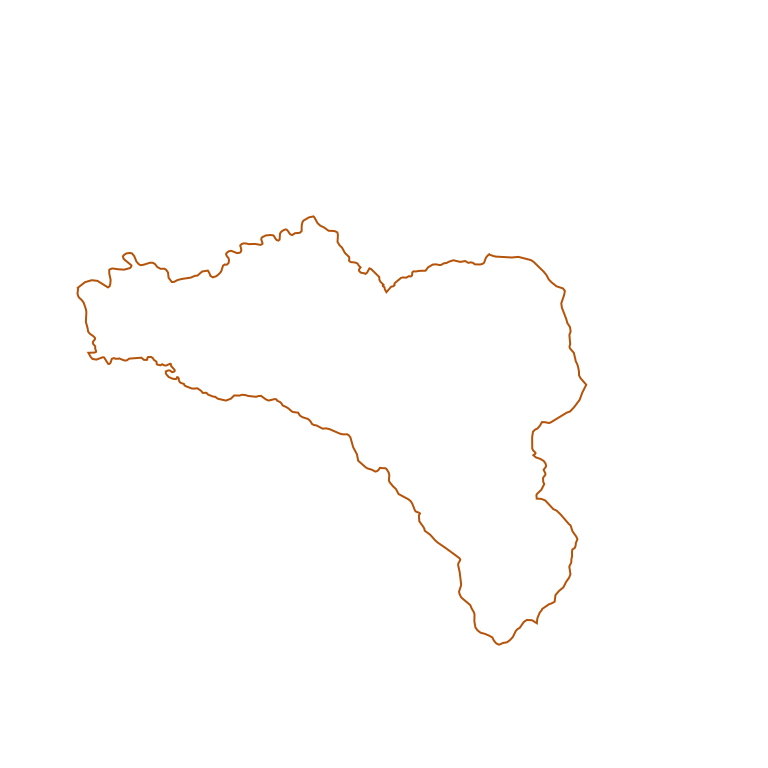 Bongo, Chhukha, Bhutan, rotated 137°
{"feature_id": "84629894B25129658957997", "entity_name": "Bongo", "entity_type": "district", "adm_level": 2, "iso_a3": "BTN", "parent_name": "Bhutan", "parent_adm1": "Chhukha", "projection": "robinson", "projection_center": [89.655, 26.924], "detail": "fine", "context": "isolated", "style": "outline", "palette": "amber", "viewbox_px": 768, "rotation_deg": 137, "n_neighbors": 0, "source": "geoboundaries", "source_scale": "gbopen_adm2", "svg_char_len": 6166}
<svg xmlns="http://www.w3.org/2000/svg" viewBox="0 0 768 768"><g transform="rotate(137 384 384)"><path d="M236.6,245.5L236.3,254.3L235.4,257.4L233.1,259.9L230.7,263.6L229.5,265.9L228.2,269.9L223.9,277.3L223.7,283.4L222.8,284.9L220.6,286.2L215.0,293.4L211.7,295.1L209.2,298.7L208.3,303.6L206.4,307.2L201.8,318.6L199.3,322.1L191.3,326.4L188.2,328.8L187.9,331.8L191.2,337.8L192.1,343.9L192.2,348.2L190.9,352.8L190.6,357.4L191.3,371.5L192.1,374.5L199.0,385.3L204.3,389.4L215.4,401.0L216.9,403.3L218.5,406.4L218.5,407.1L220.7,407.2L223.5,406.8L227.9,404.5L229.8,404.6L232.1,405.8L236.0,409.6L236.3,412.0L237.6,413.8L239.7,415.1L240.8,418.6L244.9,421.2L248.9,427.2L253.2,429.2L256.1,430.0L257.4,431.2L261.3,432.3L262.3,433.2L264.4,436.1L266.9,438.1L272.2,439.3L276.3,438.5L281.2,442.8L284.0,444.6L285.6,446.3L287.2,446.3L289.4,444.3L290.5,444.2L291.3,444.6L292.3,445.9L295.2,446.6L297.8,449.3L299.3,450.0L307.1,450.4L308.4,450.0L309.0,449.0L310.9,449.3L312.3,450.3L319.6,449.5L318.9,452.5L317.7,454.4L318.1,456.2L317.7,456.9L316.7,456.8L316.9,461.2L316.2,463.5L314.5,465.5L315.0,476.7L315.8,478.5L320.4,477.0L322.5,477.2L322.9,478.4L324.8,480.9L325.1,481.7L325.0,484.0L323.9,484.9L321.6,485.3L321.7,487.8L321.3,489.6L321.4,490.9L322.7,493.1L325.0,495.6L325.5,497.0L325.4,498.1L323.9,499.3L322.9,500.6L323.2,506.5L321.7,512.4L321.9,515.7L321.1,519.6L316.1,524.4L315.0,526.1L314.8,527.0L315.8,529.5L320.0,533.9L321.2,539.8L322.6,543.1L322.9,547.0L321.3,553.2L321.3,554.7L325.4,557.1L331.4,558.4L333.0,558.1L335.7,556.4L340.0,552.0L342.5,552.0L346.3,555.0L349.7,555.6L350.5,557.7L349.9,561.5L350.0,563.4L350.7,564.3L353.3,565.2L355.9,565.4L357.6,564.8L361.9,560.8L363.4,560.9L364.3,562.4L364.2,564.6L363.5,567.5L363.7,568.3L365.3,570.3L369.2,573.3L372.9,574.4L373.9,574.3L375.2,573.4L376.8,569.9L377.2,569.4L378.2,569.5L379.5,570.0L382.7,574.3L387.6,578.6L388.7,580.4L390.6,582.5L392.6,583.4L394.6,583.4L396.9,579.3L398.6,578.3L400.0,578.4L402.1,579.8L404.9,585.6L407.0,586.9L409.6,587.2L411.0,586.7L411.7,584.8L411.9,582.0L413.0,580.2L414.9,578.6L417.2,578.4L417.9,578.7L419.1,580.1L421.1,580.3L426.2,577.4L429.1,577.0L433.1,577.2L436.4,578.7L437.2,581.5L436.0,584.4L435.5,587.1L440.3,590.3L446.4,590.5L448.6,592.1L452.8,593.6L460.2,598.7L464.2,600.9L467.9,601.8L469.6,603.3L469.1,608.6L466.0,612.7L465.4,616.1L466.0,618.1L468.8,620.6L470.0,624.1L469.7,628.0L470.4,630.3L472.3,632.2L478.7,635.3L480.9,636.8L481.6,638.6L481.6,642.3L479.5,647.7L479.2,651.4L480.8,653.4L483.6,655.3L486.6,655.7L487.9,655.4L489.1,653.0L487.8,643.0L489.2,642.1L490.9,642.1L496.1,644.9L499.8,648.8L503.9,653.8L506.2,654.8L507.2,654.8L509.7,652.0L512.9,646.6L515.9,643.9L518.0,642.6L520.0,642.9L523.2,654.8L526.9,659.2L533.3,662.4L542.4,663.2L542.7,662.3L546.4,659.3L547.7,656.9L548.1,655.1L547.8,651.7L548.2,648.3L550.9,642.2L552.5,639.7L559.7,632.7L562.7,627.0L564.7,624.0L564.8,621.1L563.9,616.9L564.0,614.7L565.0,613.8L567.7,613.5L568.9,612.7L569.4,611.4L569.5,608.5L571.0,607.0L572.2,604.3L572.7,603.9L574.1,604.3L578.9,608.4L580.1,603.8L580.1,601.1L577.7,598.0L571.3,595.3L570.6,594.3L572.0,586.9L571.7,586.4L571.1,586.0L569.6,586.0L566.0,588.0L563.9,587.2L563.2,585.6L561.1,583.7L560.3,583.4L558.0,578.6L556.9,577.3L555.9,576.7L553.0,576.3L543.5,568.7L543.1,565.4L541.2,563.5L540.6,563.3L539.3,564.4L538.1,564.6L535.9,562.6L535.4,560.7L535.8,558.7L535.2,555.6L536.7,553.3L536.5,552.7L534.7,550.1L532.7,549.7L532.2,547.9L531.3,546.6L530.5,546.0L526.6,544.7L526.3,544.0L527.4,542.4L527.5,537.4L527.7,536.7L528.4,536.2L529.1,536.2L530.9,537.1L531.4,539.9L532.5,541.1L535.0,542.0L536.3,540.5L536.6,539.4L536.7,536.0L535.0,532.0L532.9,529.5L532.1,529.5L530.7,530.1L530.2,529.6L530.3,528.0L531.4,526.9L532.1,524.6L531.7,523.1L530.4,520.7L530.3,520.2L530.9,518.9L530.2,517.0L527.7,511.9L525.9,510.0L523.4,508.1L522.4,503.6L522.6,501.0L520.1,499.0L519.9,498.4L519.9,496.2L517.5,491.2L516.2,489.8L515.6,486.6L510.9,479.7L506.1,477.7L501.4,477.8L497.7,474.2L494.9,472.7L492.8,470.3L491.6,468.0L486.3,461.9L483.9,460.7L482.0,459.1L480.9,453.3L479.7,450.6L474.4,447.6L473.4,446.6L473.2,445.9L473.5,444.5L472.3,441.6L472.2,440.0L472.7,437.4L471.1,433.5L470.5,430.9L470.1,426.8L469.6,425.5L466.3,421.5L466.9,419.5L466.9,417.5L466.0,414.8L463.6,410.6L463.2,408.8L463.3,406.5L463.9,404.0L463.3,401.9L461.6,399.7L459.4,393.3L456.5,390.9L454.6,388.1L450.0,377.5L448.4,375.2L445.2,372.3L444.7,370.4L445.0,367.8L449.7,358.7L451.7,351.1L455.2,345.5L454.2,335.5L453.6,333.4L451.4,329.7L450.0,325.8L448.5,325.0L446.3,324.9L444.4,325.5L443.8,325.2L442.4,323.3L440.6,321.7L440.1,320.3L441.0,315.9L442.5,313.5L445.9,310.4L446.8,308.8L447.2,303.0L446.9,299.0L448.4,293.6L444.8,283.1L444.4,280.2L444.9,277.3L447.7,270.2L447.6,268.8L446.0,265.6L446.0,264.8L448.2,264.0L451.8,259.5L452.7,252.6L453.2,250.6L454.3,248.9L453.0,242.1L453.2,235.0L452.9,231.5L450.6,221.1L447.6,205.1L447.9,203.7L448.5,203.2L452.0,202.1L453.3,201.0L456.9,194.9L464.1,185.0L465.4,183.9L470.7,181.0L471.9,179.1L473.1,175.2L471.7,163.5L473.0,160.0L473.8,156.3L474.8,153.9L479.7,148.9L483.2,143.5L483.6,140.0L483.0,136.3L480.7,132.6L478.9,128.7L477.6,124.8L478.6,121.5L478.8,118.2L478.4,116.4L477.5,114.8L473.3,113.3L470.2,111.2L466.2,110.8L462.3,111.1L456.1,113.5L453.7,113.7L451.1,113.1L444.0,114.6L440.4,114.0L436.8,110.2L435.4,104.8L431.7,108.0L426.3,110.5L422.7,111.1L421.7,111.6L413.5,110.4L411.2,109.3L407.7,108.4L402.5,112.7L397.1,113.3L391.3,113.0L385.7,115.1L380.7,116.1L377.4,117.7L373.0,124.1L368.7,125.8L366.3,128.2L364.1,129.6L360.6,133.4L359.0,134.5L356.3,134.0L354.1,135.1L352.2,136.8L348.4,138.6L347.5,141.1L346.6,147.7L344.0,153.4L344.3,155.6L343.8,168.0L344.1,173.6L345.5,177.0L345.5,188.9L347.3,192.7L350.5,196.0L348.2,198.9L346.7,199.3L341.2,199.3L335.1,201.5L334.3,203.8L332.0,206.6L331.0,207.1L328.3,207.4L327.4,208.0L326.8,208.9L325.8,212.4L322.1,213.1L321.1,213.7L320.0,216.0L319.7,219.0L320.8,222.7L323.0,226.8L323.3,230.1L321.3,229.8L320.3,230.1L320.1,231.0L320.2,234.2L319.4,235.9L312.0,244.0L307.6,247.5L304.6,247.6L302.2,246.8L298.7,247.1L294.4,248.4L292.0,245.9L290.2,243.2L288.7,242.3L269.8,238.4L266.7,237.0L260.7,237.4L251.7,239.0L244.8,242.5L236.6,245.5Z" fill="none" stroke="#b45309" stroke-width="2"/></g></svg>